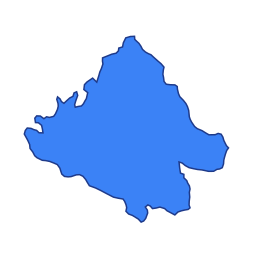 the district of São José da Bela Vista, São Paulo, Brazil, rotated 97°
{"feature_id": "56859067B616331535094", "entity_name": "São José da Bela Vista", "entity_type": "district", "adm_level": 2, "iso_a3": "BRA", "parent_name": "Brazil", "parent_adm1": "São Paulo", "projection": "orthographic", "projection_center": [-47.627, -20.59], "detail": "fine", "context": "isolated", "style": "filled", "palette": "blue", "viewbox_px": 256, "rotation_deg": 97, "n_neighbors": 0, "source": "geoboundaries", "source_scale": "gbopen_adm2", "svg_char_len": 2392}
<svg xmlns="http://www.w3.org/2000/svg" viewBox="0 0 256 256"><g transform="rotate(97 128 128)"><path d="M160.3,222.7L163.4,219.6L166.9,217.2L168.6,214.7L170.5,209.2L170.4,205.6L170.7,201.7L171.8,197.4L172.9,193.7L176.2,190.7L179.1,189.4L181.8,188.1L183.8,185.2L183.8,181.5L183.2,178.6L180.8,173.6L180.2,170.3L181.4,166.8L184.3,163.7L187.0,161.7L190.0,159.3L191.5,152.8L193.4,147.3L195.7,141.3L198.4,134.0L198.9,128.9L199.1,124.3L201.2,122.4L204.4,120.6L207.2,119.6L210.9,119.9L213.3,116.9L214.2,113.0L217.1,106.7L219.8,103.5L218.4,101.1L215.6,99.4L210.0,98.1L207.1,98.8L204.3,101.2L201.9,98.9L202.8,96.3L205.0,93.9L204.0,90.3L202.6,86.7L203.5,81.8L205.4,79.2L206.9,75.2L208.6,70.9L205.3,68.2L203.8,65.2L202.5,61.7L201.5,58.4L199.7,56.7L197.0,58.0L193.4,58.3L189.0,58.3L184.4,59.3L181.0,59.0L178.0,60.0L175.3,62.1L173.0,63.3L170.6,66.5L167.2,66.9L166.4,70.4L163.7,71.2L161.1,71.9L158.1,72.6L155.5,73.2L156.2,69.9L158.3,66.6L159.9,62.6L160.4,58.1L160.7,53.9L160.6,49.5L160.9,46.0L161.2,42.7L160.5,37.7L158.2,34.7L157.5,32.1L155.9,29.6L152.0,28.8L148.2,29.0L145.7,28.7L141.9,28.1L138.3,27.3L135.5,25.8L133.6,28.1L131.1,29.8L128.6,31.4L125.5,32.7L122.8,34.8L122.4,37.9L124.0,40.6L124.9,46.8L123.6,49.9L121.6,54.2L120.2,59.2L118.4,62.1L114.4,65.6L111.9,67.3L109.4,68.5L103.2,69.9L99.5,71.6L96.7,73.5L93.8,76.4L90.6,80.4L87.7,82.1L83.4,83.7L80.8,84.2L79.5,86.7L79.9,91.3L79.9,95.4L77.4,97.9L73.4,98.9L70.5,99.9L66.3,100.0L63.2,99.7L60.2,103.0L57.7,106.8L54.2,111.8L52.5,114.1L51.7,116.9L50.5,119.9L48.2,123.2L45.2,125.2L42.6,127.5L40.9,129.9L39.2,132.1L36.2,132.7L36.9,136.8L38.8,141.2L44.0,143.0L48.2,143.3L49.8,146.9L52.6,146.9L55.2,148.9L56.7,153.1L59.1,157.4L61.5,161.8L64.7,161.5L67.5,160.7L72.4,161.7L75.9,162.8L79.4,163.3L86.3,164.6L82.8,169.2L87.3,174.3L90.3,176.5L95.2,176.5L97.8,172.3L103.9,172.9L106.3,174.0L109.4,175.2L111.8,176.9L112.7,180.1L113.8,182.9L111.3,183.8L107.6,183.2L101.8,181.9L98.3,183.4L99.7,185.8L103.3,186.5L105.3,189.5L108.2,192.0L111.3,194.6L109.9,197.3L107.4,199.0L105.7,201.7L108.2,202.2L112.3,200.4L114.9,199.9L118.2,200.3L122.7,201.7L125.5,203.2L127.1,207.3L126.8,210.2L129.0,212.6L126.8,216.5L127.1,220.1L129.6,221.7L133.9,220.5L133.7,217.6L135.9,214.1L139.5,212.8L143.2,211.8L143.6,215.7L141.5,218.4L141.1,221.3L140.2,224.1L140.3,228.0L142.9,229.6L146.6,230.2L152.6,225.9L156.4,223.6L160.3,222.7Z" fill="#3b82f6" stroke="#1e3a8a" stroke-width="1.5"/></g></svg>